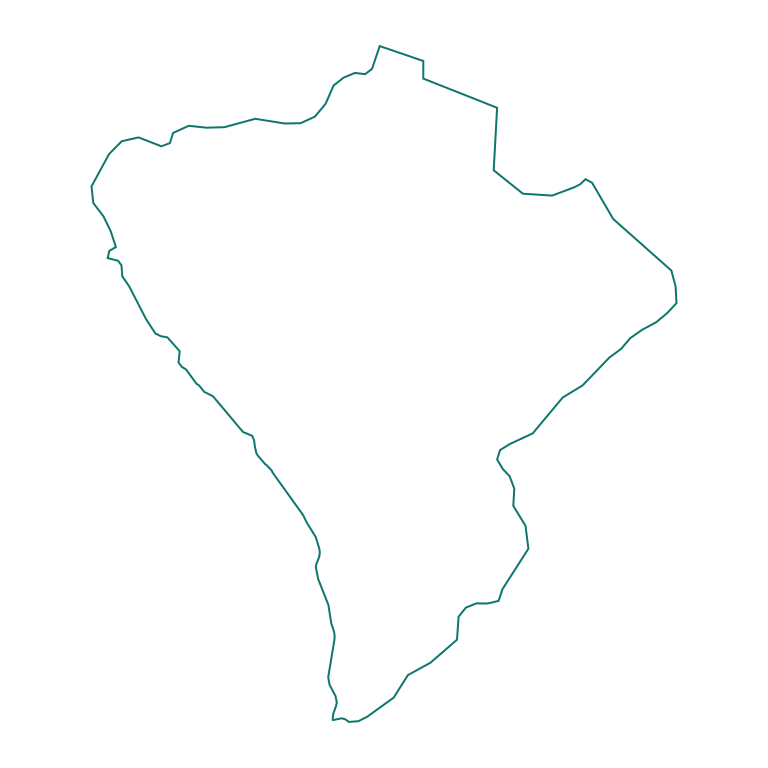 Njombe, Robinson projection
{"feature_id": "TZA-5587", "entity_name": "Njombe", "entity_type": "Region", "adm_level": 1, "iso_a3": "TZA", "parent_name": "United Republic of Tanzania", "parent_adm1": "", "projection": "robinson", "projection_center": [34.628, -9.571], "detail": "fine", "context": "isolated", "style": "outline", "palette": "teal", "viewbox_px": 768, "rotation_deg": 0, "n_neighbors": 0, "source": "natural_earth", "source_scale": "10m", "svg_char_len": 1617}
<svg xmlns="http://www.w3.org/2000/svg" viewBox="0 0 768 768"><path d="M332.9,720.0L332.7,718.1L333.3,713.7L336.1,705.8L336.8,702.5L335.5,696.0L329.6,684.9L328.2,677.3L334.5,639.2L334.6,635.4L333.9,631.1L331.3,623.5L328.4,604.9L318.2,579.1L315.8,567.1L316.5,563.7L319.2,556.8L319.8,552.8L319.4,549.0L315.8,537.1L306.6,522.3L303.1,515.1L272.4,472.3L272.0,470.9L266.4,464.9L265.0,464.0L258.2,456.0L256.4,453.3L254.9,446.6L254.1,440.4L252.2,435.8L243.0,432.0L213.1,396.4L204.2,391.8L198.9,385.3L196.5,383.8L186.1,369.5L181.9,366.9L178.9,363.0L178.5,362.6L179.7,351.2L167.3,337.3L161.1,336.3L155.4,333.5L146.1,319.2L129.2,286.4L122.3,276.4L121.5,265.4L118.1,260.8L107.7,258.1L109.3,250.9L115.9,247.0L110.7,231.2L103.5,216.4L93.3,203.0L91.5,186.4L109.1,154.0L121.8,141.2L138.6,137.4L161.3,146.3L169.9,143.1L173.0,133.0L188.7,125.8L206.7,127.7L224.4,127.2L255.1,118.8L284.6,123.5L300.5,123.2L314.8,116.7L325.6,103.8L333.6,85.5L343.5,77.7L355.0,72.9L365.1,74.2L372.0,68.9L379.7,46.1L423.3,61.0L423.3,78.6L497.1,107.8L493.7,170.3L522.9,193.7L552.1,195.6L574.5,187.2L580.4,184.1L585.5,179.2L592.1,182.8L613.2,219.0L671.4,270.6L675.6,286.5L676.5,303.1L667.2,313.1L656.2,322.2L642.1,329.8L630.3,338.1L621.1,348.9L609.4,357.5L582.6,385.4L562.7,397.5L532.7,433.4L510.3,443.8L500.1,450.0L497.1,459.5L502.8,469.0L509.6,476.2L514.3,488.7L513.3,505.8L525.5,525.8L528.4,548.7L502.5,589.1L498.6,600.9L487.6,603.5L476.3,603.4L465.9,607.6L458.6,616.7L457.0,639.7L430.6,662.6L407.9,675.1L393.7,697.6L367.1,716.8L358.4,721.2L348.8,721.9L345.3,719.3L341.5,718.3L333.5,720.0L332.9,720.0Z" fill="none" stroke="#0f766e" stroke-width="2"/></svg>